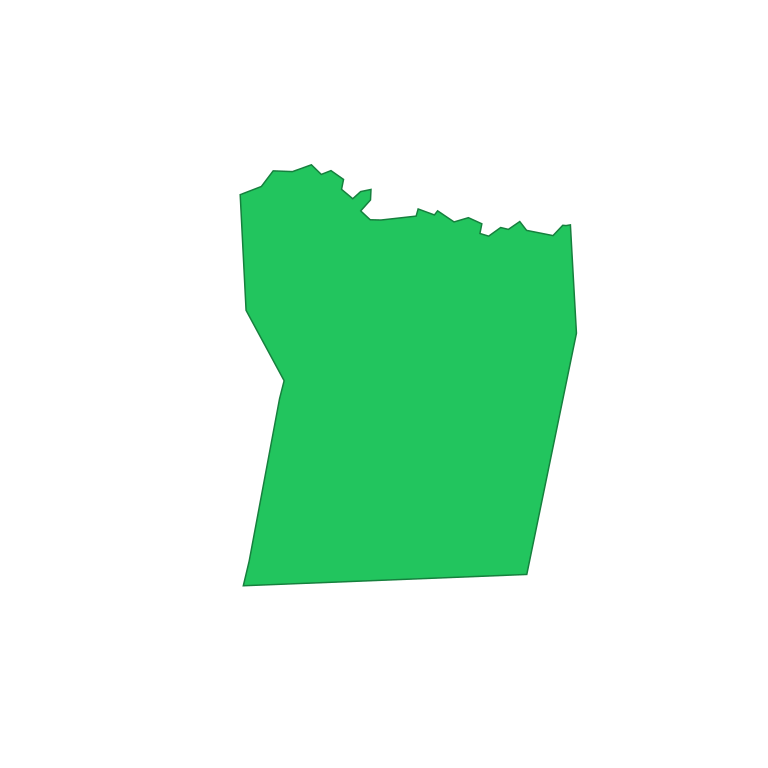 outline of Wharton, Texas, United States of America, rotated 313°
{"feature_id": "52423323B28004932041096", "entity_name": "Wharton", "entity_type": "district", "adm_level": 2, "iso_a3": "USA", "parent_name": "United States of America", "parent_adm1": "Texas", "projection": "albers", "projection_center": [-96.061, 29.299], "detail": "fine", "context": "isolated", "style": "filled", "palette": "green", "viewbox_px": 768, "rotation_deg": 313, "n_neighbors": 0, "source": "geoboundaries", "source_scale": "gbopen_adm2", "svg_char_len": 675}
<svg xmlns="http://www.w3.org/2000/svg" viewBox="0 0 768 768"><g transform="rotate(313 384 384)"><path d="M342.1,618.3L552.4,490.1L608.0,432.1L627.5,411.8L624.0,409.1L622.0,406.5L607.8,406.4L593.6,383.5L595.4,372.5L581.9,369.5L578.0,362.6L563.5,359.7L559.5,351.5L567.9,346.3L563.2,332.3L550.3,324.7L547.2,305.1L542.0,305.6L535.3,289.6L528.7,293.0L501.8,269.9L494.7,261.9L494.7,248.9L509.4,248.6L517.4,241.8L508.8,235.7L498.2,234.8L497.4,220.2L506.0,214.9L503.9,199.7L494.5,195.2L494.8,181.4L476.9,172.2L464.3,157.6L444.8,159.6L424.4,149.7L343.8,232.9L318.3,308.7L302.1,317.6L162.5,406.2L140.5,418.7L342.1,618.3Z" fill="#22c55e" stroke="#15803d" stroke-width="1.5"/></g></svg>